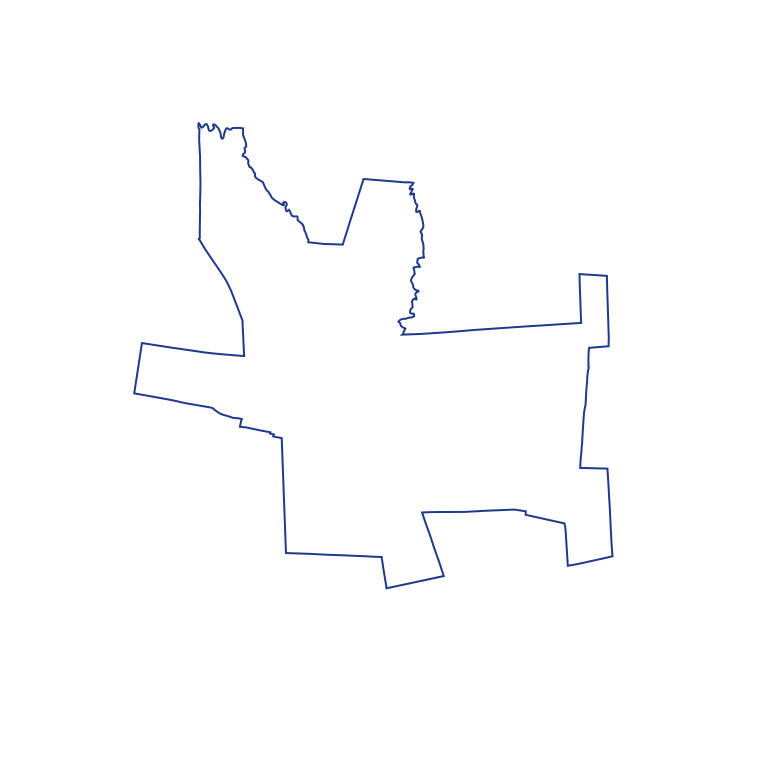 outline of Mizil, Prahova, Romania, rotated 26°
{"feature_id": "2599482B63196712771897", "entity_name": "Mizil", "entity_type": "district", "adm_level": 2, "iso_a3": "ROU", "parent_name": "Romania", "parent_adm1": "Prahova", "projection": "mercator", "projection_center": [26.445, 45.004], "detail": "fine", "context": "isolated", "style": "outline", "palette": "blue", "viewbox_px": 768, "rotation_deg": 26, "n_neighbors": 0, "source": "geoboundaries", "source_scale": "gbopen_adm2", "svg_char_len": 6105}
<svg xmlns="http://www.w3.org/2000/svg" viewBox="0 0 768 768"><g transform="rotate(26 384 384)"><path d="M163.6,501.9L197.5,492.3L205.6,490.2L209.4,489.4L214.5,488.1L238.6,481.1L240.5,480.9L241.5,481.0L242.4,481.3L247.2,482.2L250.1,482.5L252.1,482.3L260.4,480.9L262.9,480.7L265.0,479.9L268.5,478.5L271.6,477.9L271.7,479.2L273.2,485.6L277.0,484.3L278.9,483.5L294.1,479.7L303.0,477.2L303.3,478.5L307.2,477.6L307.3,479.7L307.9,479.6L315.8,477.5L370.0,578.9L392.2,569.0L405.4,563.4L423.7,555.3L443.7,546.6L450.4,543.8L457.7,540.5L466.1,552.7L474.8,564.9L475.8,566.5L521.9,530.4L510.5,518.7L501.0,509.4L492.1,500.2L481.1,489.5L474.6,482.8L475.2,482.4L484.0,477.7L512.6,463.6L532.5,452.5L555.7,440.0L557.5,439.3L567.2,436.3L568.7,439.5L607.3,430.2L609.8,433.5L612.5,437.9L628.9,466.8L635.4,462.1L639.1,459.3L664.9,438.7L660.5,431.2L654.8,421.1L641.5,396.8L637.4,389.6L635.5,386.2L629.2,374.9L621.9,362.1L597.1,373.4L593.5,364.9L591.1,358.3L589.4,354.3L588.3,351.1L583.5,339.7L579.0,328.7L576.5,322.4L575.3,318.5L574.1,313.9L568.3,300.2L566.3,294.9L565.5,292.7L564.3,290.2L562.4,285.2L561.9,283.4L561.3,281.9L561.0,279.6L560.2,279.0L559.2,276.8L557.0,272.4L554.3,266.6L552.5,261.6L569.3,251.6L568.7,250.3L565.6,243.6L543.5,201.8L536.9,189.1L511.5,199.5L517.7,211.4L534.4,242.7L478.7,274.4L443.8,294.5L419.2,309.1L395.3,322.8L378.8,331.6L379.3,330.3L379.2,329.6L378.8,329.0L378.7,328.1L378.7,327.6L379.0,325.1L378.9,324.8L378.3,324.7L376.6,324.9L375.1,324.6L373.7,324.3L373.0,323.8L372.0,322.2L371.7,322.1L370.1,321.9L369.7,321.7L369.8,321.2L370.0,320.4L370.4,319.4L370.6,319.1L371.2,318.4L373.0,316.8L374.9,315.9L376.7,314.0L377.7,313.2L378.7,312.7L379.7,311.9L381.2,310.2L381.4,309.8L381.3,309.6L380.8,309.0L380.4,308.1L379.6,307.9L377.4,308.8L376.5,308.6L376.0,308.3L375.7,307.9L375.6,307.5L375.3,305.3L375.3,304.7L376.0,302.9L375.8,302.0L375.6,301.5L373.3,298.1L373.1,297.7L373.0,297.3L373.0,296.7L373.1,295.4L373.4,294.8L373.9,293.9L374.6,293.8L375.7,294.1L376.0,293.9L376.1,293.7L375.9,293.2L374.3,291.2L373.9,291.0L373.0,290.0L372.7,289.2L372.8,288.0L373.1,287.4L374.4,285.8L374.3,285.6L374.1,285.2L373.6,285.2L371.7,285.6L371.0,285.5L370.2,285.4L368.6,284.8L367.6,283.9L367.2,283.0L366.8,282.3L362.9,279.4L362.8,278.5L362.6,278.1L362.5,276.9L362.8,274.4L363.3,272.2L363.4,271.5L363.1,271.3L361.8,269.4L361.1,268.2L360.5,267.6L359.6,266.9L359.6,266.7L359.7,266.3L360.2,265.8L362.4,264.1L363.5,263.5L364.8,263.2L364.7,262.7L363.0,261.5L362.3,261.1L361.0,260.7L360.6,260.4L360.3,259.8L360.1,258.4L359.4,257.0L359.5,256.7L359.8,256.3L361.1,255.0L362.9,253.5L363.3,253.3L364.4,253.2L364.5,253.1L364.5,252.7L363.2,251.2L362.9,250.6L362.8,250.1L361.3,248.0L361.0,247.3L360.8,246.3L360.6,245.5L358.3,241.5L357.2,240.1L355.1,238.0L354.6,237.3L353.9,236.2L353.2,233.8L352.8,233.2L352.2,232.6L351.6,232.1L350.7,231.8L350.3,231.3L350.1,231.1L350.0,230.5L350.6,227.1L350.5,225.9L350.4,225.4L349.8,224.1L348.3,222.0L347.6,221.1L347.1,220.3L344.0,216.7L342.4,215.3L341.2,214.1L340.4,212.9L340.0,212.7L339.7,212.9L339.4,213.6L338.9,214.3L338.3,214.9L337.9,215.1L337.5,215.1L337.3,215.0L336.3,212.4L336.1,211.3L336.0,209.8L335.5,208.7L335.1,208.4L333.7,208.0L332.9,207.4L329.9,204.0L328.3,201.8L328.0,201.0L327.9,200.3L327.7,199.9L327.4,199.9L326.8,200.2L325.2,201.8L324.9,202.1L324.5,202.1L324.2,201.4L324.5,199.9L324.5,199.4L324.3,199.1L324.2,198.2L324.4,196.7L324.4,196.2L324.0,196.1L323.4,196.2L323.2,196.3L322.4,197.2L321.9,197.5L321.6,197.3L321.4,197.0L321.1,196.0L321.1,195.5L321.1,194.6L321.3,194.2L322.1,193.0L322.2,192.5L322.3,190.4L320.6,190.8L316.2,192.5L315.9,193.0L276.5,208.4L275.8,208.8L277.9,223.2L281.4,247.3L285.8,276.8L276.7,280.8L269.1,284.3L253.8,289.8L252.9,287.6L251.6,286.7L250.6,285.9L249.1,284.3L247.1,282.3L246.4,281.7L245.9,281.5L245.3,281.0L244.8,280.4L243.2,278.1L242.2,277.4L241.4,276.6L240.3,276.0L237.5,275.3L236.1,275.1L234.6,274.6L233.3,272.1L233.0,271.7L232.7,271.6L232.0,271.6L229.6,272.9L228.2,273.2L227.2,272.9L226.7,272.6L225.0,271.2L223.7,270.0L222.2,269.1L221.3,270.9L220.9,271.4L220.5,271.4L219.8,270.8L218.8,269.6L217.9,268.5L218.1,266.4L217.9,265.3L217.4,264.6L217.1,264.2L216.0,263.8L215.5,263.8L214.7,264.1L214.3,264.4L214.0,265.0L214.1,265.6L215.5,266.7L215.5,267.0L215.3,267.4L215.1,267.5L214.8,267.6L212.4,267.5L205.2,266.7L202.3,266.0L201.2,265.6L199.7,264.4L197.2,262.9L196.5,262.3L195.9,261.9L193.7,261.3L193.0,261.0L191.8,260.1L186.6,255.7L182.3,255.4L181.0,255.3L178.5,254.8L177.2,254.1L176.8,253.8L176.5,252.8L176.3,252.1L176.0,251.6L175.8,251.4L174.7,251.0L171.5,248.5L170.6,248.2L170.1,248.1L169.7,247.7L169.4,247.6L168.9,247.7L168.6,247.9L168.1,247.9L167.5,247.5L166.4,246.3L165.6,245.7L165.2,245.3L164.3,242.8L163.9,242.4L163.5,242.1L160.5,240.8L159.7,240.7L159.0,240.8L157.8,241.1L157.1,241.0L156.9,240.8L157.0,240.5L156.6,239.4L156.6,239.2L157.4,237.7L157.5,237.5L157.4,236.7L157.1,236.0L156.9,235.7L156.8,235.1L156.6,234.7L155.6,233.7L155.4,233.5L155.4,233.2L155.3,232.9L155.5,232.2L156.0,231.3L156.0,230.6L155.9,230.5L154.4,228.2L153.0,226.6L148.2,222.0L147.4,220.7L146.9,219.2L145.8,217.3L145.3,216.0L142.5,216.9L138.3,218.9L135.7,220.4L134.7,222.6L134.1,222.9L132.7,223.0L131.2,222.8L130.4,223.2L130.1,223.9L130.2,225.3L130.6,229.0L131.4,231.7L131.6,232.6L131.7,233.5L131.3,234.1L130.9,234.4L130.3,234.4L129.5,233.7L127.7,231.0L126.6,229.6L123.3,226.9L121.5,226.1L119.4,225.3L117.9,225.1L117.2,225.2L116.8,225.7L116.9,226.5L118.4,227.7L119.1,228.3L119.0,229.0L117.9,231.8L117.0,232.6L116.4,232.9L115.6,232.8L115.1,232.4L112.9,229.7L111.8,228.8L110.9,228.3L110.1,228.3L109.7,228.7L108.9,230.9L108.7,232.2L108.3,233.0L107.9,233.4L107.5,233.6L107.2,233.5L106.7,233.0L105.2,231.9L103.3,230.9L103.1,231.6L105.0,235.1L106.5,236.1L107.7,238.9L110.7,245.3L117.1,256.9L118.6,259.4L124.4,271.1L130.9,283.7L135.6,293.8L140.1,303.8L143.0,309.3L143.7,311.0L151.6,327.8L154.5,333.7L154.0,334.9L155.6,335.7L164.2,341.3L188.5,355.2L193.5,358.2L196.6,360.2L201.1,363.5L205.0,366.7L207.1,368.5L229.2,389.2L230.6,392.1L233.5,397.3L236.5,402.8L246.0,420.2L222.5,429.4L210.1,433.9L175.4,445.0L148.5,453.3L163.6,501.9Z" fill="none" stroke="#1e3a8a" stroke-width="2"/></g></svg>